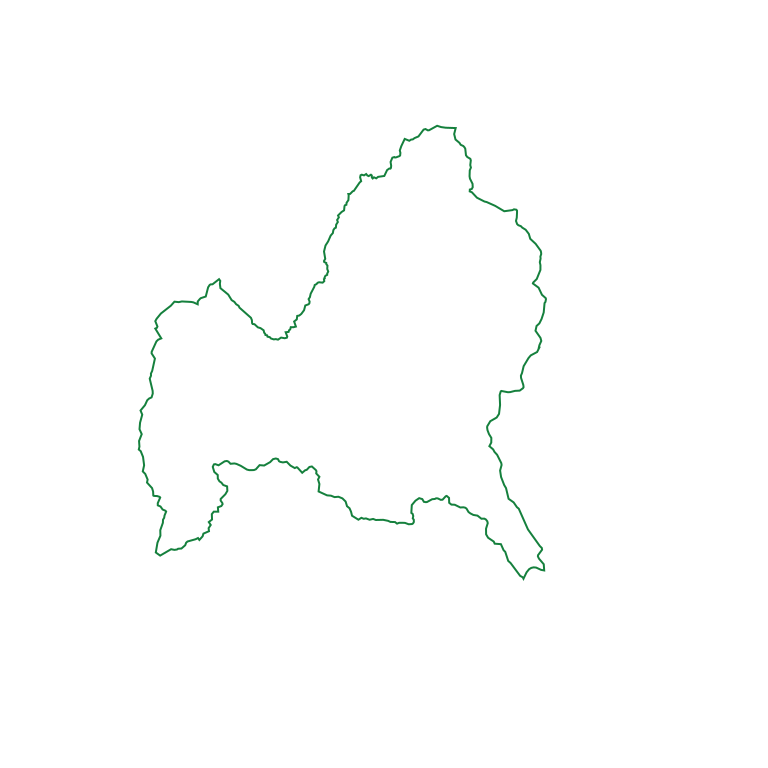 Andes, Antioquia, Colombia (Mercator projection), rotated 209°
{"feature_id": "7082276B30380127815857", "entity_name": "Andes", "entity_type": "district", "adm_level": 2, "iso_a3": "COL", "parent_name": "Colombia", "parent_adm1": "Antioquia", "projection": "mercator", "projection_center": [-75.916, 5.629], "detail": "fine", "context": "isolated", "style": "outline", "palette": "green", "viewbox_px": 768, "rotation_deg": 209, "n_neighbors": 0, "source": "geoboundaries", "source_scale": "gbopen_adm2", "svg_char_len": 6166}
<svg xmlns="http://www.w3.org/2000/svg" viewBox="0 0 768 768"><g transform="rotate(209 384 384)"><path d="M501.9,126.0L496.6,125.4L490.1,136.3L486.9,137.3L484.8,138.9L484.2,140.1L481.4,141.9L479.7,146.6L480.1,149.3L479.5,151.0L473.5,156.9L472.0,159.1L469.9,158.1L468.8,162.8L469.4,165.6L465.7,170.4L467.5,172.9L467.2,176.7L470.3,178.3L468.7,182.1L471.5,186.7L471.0,189.8L467.1,192.0L469.5,195.6L467.1,198.4L466.9,200.6L467.5,201.4L470.4,202.9L471.1,204.3L469.3,210.7L469.2,214.6L471.6,218.4L475.6,217.7L478.4,218.9L480.7,219.1L483.5,220.7L485.3,223.8L489.8,224.8L493.6,228.5L493.8,231.2L492.8,232.1L489.3,232.7L485.9,239.1L484.1,240.5L482.4,240.7L479.6,239.8L476.3,242.0L474.3,242.6L469.6,243.0L462.4,242.7L460.2,243.3L456.1,245.6L454.7,247.3L453.5,252.7L449.3,254.6L445.7,260.5L444.6,264.5L442.5,266.4L440.3,266.9L438.4,265.6L437.0,265.6L434.4,266.4L431.4,268.8L426.3,267.3L421.3,267.2L420.0,268.9L419.3,269.0L412.5,266.7L411.1,270.4L410.0,271.4L409.0,275.3L407.1,276.9L401.9,275.7L400.8,275.0L399.9,272.9L395.5,271.5L395.4,268.5L392.0,265.2L389.1,258.3L379.8,259.0L376.3,260.6L372.4,261.1L369.2,263.3L364.9,263.8L360.6,262.6L357.1,259.2L353.9,258.6L350.9,256.3L348.1,253.3L340.6,252.9L338.9,256.0L336.4,256.3L334.6,257.7L330.8,258.3L328.1,260.7L325.2,261.1L318.9,264.8L314.1,266.3L311.5,266.5L307.4,268.6L304.9,268.2L303.5,269.9L300.3,271.7L298.3,272.7L294.4,273.3L291.6,275.1L291.0,276.2L291.0,277.8L292.2,279.8L293.7,280.4L294.4,282.7L296.0,284.3L297.6,284.5L301.0,291.6L299.9,297.2L297.9,301.2L294.7,301.9L292.0,300.3L290.2,300.9L289.2,301.6L286.0,306.6L283.8,308.1L283.0,309.3L281.5,310.0L278.2,310.2L276.7,311.2L275.6,315.7L274.9,316.5L271.9,315.9L269.4,311.7L266.6,311.2L263.6,312.7L257.4,313.0L254.7,314.7L252.9,315.2L251.4,315.0L248.0,313.0L245.7,312.7L242.4,312.8L238.4,314.2L233.5,313.4L230.9,314.9L229.2,314.9L227.1,314.0L225.8,312.6L224.6,306.9L221.8,302.0L218.4,300.0L211.6,299.4L209.8,298.0L204.1,300.6L198.8,296.6L196.6,296.0L189.6,289.5L186.5,288.8L171.9,282.2L168.9,282.2L167.6,281.3L168.0,288.4L167.3,292.4L166.0,294.6L164.2,296.2L161.9,297.2L156.5,297.6L153.5,298.6L156.9,303.8L163.8,306.4L165.8,307.8L166.3,308.9L165.4,315.7L166.5,317.1L169.1,317.8L187.6,326.6L205.7,340.3L208.0,340.7L213.2,343.3L219.4,344.0L226.8,352.1L229.9,353.9L236.5,359.4L240.5,364.6L241.9,370.2L243.1,371.7L250.7,376.9L254.5,378.2L256.8,379.7L261.7,380.7L261.8,384.8L264.0,388.9L267.9,391.1L271.1,393.8L272.7,395.9L273.2,397.1L273.0,403.0L269.2,409.3L268.9,413.6L272.3,421.9L277.5,430.4L278.3,434.1L278.0,434.8L271.6,436.9L269.7,438.1L266.1,441.5L262.1,444.0L260.4,447.7L260.4,448.9L261.7,450.7L267.1,455.8L268.3,457.7L268.6,460.5L270.5,467.3L270.2,476.7L269.5,480.2L265.6,486.2L265.8,491.0L266.2,490.8L266.9,493.3L267.3,497.9L269.5,500.2L277.3,504.0L278.7,508.7L277.5,512.3L277.7,517.2L279.0,524.0L282.8,532.6L282.6,534.1L283.5,536.8L284.2,537.5L289.1,538.6L295.5,543.2L302.5,544.1L302.7,545.1L301.3,549.9L302.5,559.6L304.8,563.8L306.8,566.1L307.8,569.5L309.0,571.3L309.5,573.9L310.6,575.5L311.6,576.5L319.3,580.1L326.5,581.9L330.1,585.5L334.9,587.6L338.9,587.8L340.8,588.4L343.5,588.0L345.1,588.4L347.6,590.6L348.5,593.8L350.8,598.5L351.7,600.1L352.7,600.6L355.0,599.8L355.9,598.4L362.6,593.4L373.2,593.7L382.5,592.9L384.6,592.3L393.0,592.0L400.1,594.3L402.4,594.0L403.2,595.7L401.8,597.1L401.8,599.1L403.6,602.0L408.4,605.3L409.9,607.2L412.6,612.5L412.9,615.4L414.7,617.3L416.5,621.7L417.7,622.8L421.2,622.9L423.2,623.8L427.0,629.2L428.3,630.0L430.0,630.6L432.9,630.4L434.9,631.5L440.0,632.5L443.8,636.6L445.4,642.6L454.2,638.1L458.6,636.4L462.7,635.6L467.6,627.8L468.6,627.1L471.3,627.1L472.7,625.7L473.9,617.2L476.5,613.9L477.4,611.9L478.8,610.9L479.8,609.0L484.7,608.4L484.2,600.5L483.4,595.9L481.7,594.1L480.7,591.7L481.0,590.8L483.2,588.2L484.2,587.4L485.0,587.5L486.4,586.0L485.9,581.4L483.5,578.3L482.7,576.4L482.8,575.5L483.8,575.1L485.0,572.6L484.6,566.1L489.6,562.3L490.5,560.1L493.0,559.9L493.5,558.3L494.7,558.7L495.8,560.5L496.9,560.7L498.2,558.4L499.6,558.3L501.4,559.0L502.6,556.8L504.9,556.3L505.7,555.2L505.1,553.2L502.3,550.3L503.0,548.4L504.0,538.3L504.8,537.4L505.8,533.8L507.3,532.9L506.3,531.8L504.3,527.6L504.6,524.4L503.8,522.5L504.8,521.4L504.8,520.5L503.1,516.5L504.5,513.9L505.9,509.1L504.3,507.9L504.5,504.7L502.9,503.3L503.1,500.2L501.9,497.4L502.7,496.2L502.9,494.1L501.9,491.2L502.6,488.0L502.0,481.6L502.3,476.8L500.7,470.8L496.1,465.0L496.1,462.4L495.4,461.7L493.2,461.9L492.5,460.8L490.9,460.2L489.4,457.1L487.3,455.3L487.2,453.0L486.6,451.9L487.7,450.3L487.6,448.2L487.0,447.6L487.4,446.6L486.1,445.0L486.8,442.9L490.1,441.5L491.1,440.4L491.5,438.6L492.6,437.0L492.1,435.3L491.9,427.4L490.9,424.0L491.1,421.7L489.0,420.0L488.4,418.4L488.6,417.2L490.9,414.5L489.7,409.8L490.3,405.2L491.3,402.8L492.9,401.5L491.6,398.2L492.9,395.1L488.9,391.5L490.8,389.7L493.1,388.5L492.5,386.2L493.1,385.0L492.7,383.3L495.1,381.6L491.6,378.6L491.4,377.4L493.0,375.9L496.5,374.7L498.2,371.4L500.4,370.8L502.0,369.6L504.9,369.0L506.7,369.6L508.8,368.9L509.8,369.9L511.5,369.4L512.2,370.3L513.7,370.8L515.3,372.6L519.1,373.0L521.8,372.4L526.2,373.5L528.0,372.8L528.9,373.3L530.5,375.8L532.5,377.4L547.4,380.7L549.1,381.9L552.0,382.1L554.7,383.3L557.9,383.5L563.6,386.7L573.5,388.5L576.1,392.0L577.2,394.8L579.1,395.7L582.3,388.1L584.0,387.0L584.5,386.1L584.7,383.3L582.3,374.1L585.9,370.2L586.3,369.0L586.9,365.9L585.6,363.4L590.3,363.0L592.4,362.3L600.8,358.2L603.2,356.1L607.2,354.4L608.4,349.1L613.3,337.5L614.5,330.8L614.5,328.1L610.0,324.4L609.9,323.0L610.9,321.6L600.9,315.9L603.0,313.3L603.7,310.9L602.8,299.5L602.1,298.1L596.7,295.2L593.1,283.1L592.9,280.1L591.8,278.3L591.5,275.1L583.0,265.8L581.6,263.5L580.8,259.6L582.4,257.4L583.2,255.0L582.8,249.6L584.1,242.8L580.6,240.0L578.6,231.9L575.9,225.9L571.6,222.7L570.6,215.4L567.5,210.6L566.7,207.8L564.2,207.3L559.4,203.4L554.4,196.6L552.6,190.6L549.2,189.6L544.4,185.8L543.5,182.9L536.4,180.5L533.8,178.0L531.7,174.6L530.9,174.6L528.1,176.0L525.5,176.5L524.7,176.2L524.1,170.1L523.0,168.2L520.1,168.5L516.8,166.9L513.7,167.2L512.7,166.8L512.2,162.6L511.4,160.4L511.5,158.2L510.1,155.4L508.8,147.7L506.0,142.9L505.2,135.4L501.9,126.0Z" fill="none" stroke="#15803d" stroke-width="2"/></g></svg>